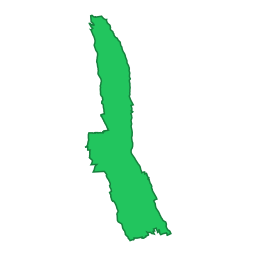 the district of Stanisesti, Bacau, Romania
{"feature_id": "2599482B92534545821934", "entity_name": "Stanisesti", "entity_type": "district", "adm_level": 2, "iso_a3": "ROU", "parent_name": "Romania", "parent_adm1": "Bacau", "projection": "equal_earth", "projection_center": [27.312, 46.453], "detail": "fine", "context": "isolated", "style": "filled", "palette": "green", "viewbox_px": 256, "rotation_deg": 0, "n_neighbors": 0, "source": "geoboundaries", "source_scale": "gbopen_adm2", "svg_char_len": 5709}
<svg xmlns="http://www.w3.org/2000/svg" viewBox="0 0 256 256"><path d="M130.1,240.6L132.5,239.7L133.6,239.8L134.1,239.0L134.0,238.1L137.3,238.1L142.1,237.1L142.1,238.2L142.9,238.1L143.7,238.2L143.8,238.0L145.9,236.8L145.8,236.2L148.4,235.1L148.4,234.5L148.1,233.9L147.2,232.3L147.6,232.5L150.7,232.4L150.9,232.7L151.7,233.5L153.4,233.7L154.2,234.0L153.1,231.4L154.7,231.0L153.6,229.0L156.2,228.2L156.7,229.8L157.2,230.8L157.5,231.2L157.6,232.5L157.9,232.4L158.2,232.0L158.9,230.7L158.9,229.8L159.1,229.8L159.4,230.5L159.7,232.9L160.5,234.6L161.5,234.4L162.6,233.8L166.5,232.9L166.9,233.6L166.8,233.8L167.1,234.1L167.2,234.6L167.0,235.0L167.2,235.3L168.8,234.6L170.9,233.6L169.9,231.3L168.8,230.4L168.1,230.1L167.3,229.0L166.5,227.6L166.4,227.0L166.1,226.5L166.2,226.2L166.1,225.8L166.4,224.9L166.3,224.2L166.3,223.8L165.7,222.1L165.4,221.9L163.3,220.7L162.9,220.3L162.1,218.8L161.1,217.5L160.8,216.7L160.2,215.5L159.9,215.1L159.4,213.6L158.2,211.3L158.0,211.1L156.9,209.5L155.8,207.6L155.7,207.0L155.4,205.7L155.2,203.7L153.9,201.3L153.8,200.7L154.8,200.0L154.4,200.0L156.0,199.3L156.7,199.2L156.9,199.1L156.8,198.9L156.4,197.7L152.5,190.8L152.3,190.1L152.3,189.5L151.5,187.7L151.8,186.4L151.1,184.6L150.2,183.3L149.2,180.3L149.3,180.1L149.2,179.7L148.9,179.6L148.5,179.6L148.0,179.0L148.0,178.8L148.7,178.6L148.6,178.3L148.9,177.9L148.1,177.4L147.2,175.6L146.9,175.4L146.8,175.1L147.0,174.5L146.4,173.4L144.8,173.9L144.7,173.2L144.8,172.2L144.4,172.1L144.2,171.9L141.8,172.7L141.8,172.2L141.4,171.1L140.8,169.8L140.1,166.7L139.2,165.1L138.4,164.3L135.2,159.3L134.9,158.5L134.2,157.5L131.8,154.1L131.1,152.4L131.1,150.9L131.2,149.9L131.6,148.9L132.1,148.2L132.6,146.4L132.7,143.8L132.6,142.6L132.1,141.4L131.9,139.9L131.7,138.6L131.6,137.2L132.1,135.8L132.2,132.3L131.9,130.3L131.1,126.6L131.1,126.0L131.7,123.9L131.3,122.2L131.0,120.2L131.6,118.8L131.9,117.5L131.7,116.9L131.6,115.6L131.4,114.9L130.8,113.6L132.6,111.7L132.7,111.8L132.8,111.6L131.2,110.8L131.6,110.5L131.8,110.1L131.9,108.4L131.0,105.4L133.2,104.8L130.7,100.1L129.3,96.4L129.3,95.9L129.9,94.7L129.7,92.6L129.9,91.3L129.8,89.8L129.9,89.4L130.1,87.6L129.8,85.1L129.9,83.6L129.5,82.1L129.3,80.6L129.4,79.9L130.2,79.1L130.3,78.7L129.7,77.6L129.4,76.4L129.6,74.0L129.8,73.2L129.2,70.9L129.1,70.3L129.3,69.5L129.2,68.9L129.3,68.1L128.7,66.5L128.4,65.4L127.2,63.4L127.0,62.6L126.9,60.6L125.5,57.1L125.1,55.2L124.4,53.5L123.5,52.2L122.7,50.7L122.1,48.8L121.8,47.0L121.3,46.3L120.8,45.6L120.4,43.7L120.3,42.7L120.0,41.9L118.2,40.2L117.2,38.2L115.6,37.4L114.6,36.2L114.0,35.1L113.8,33.8L113.0,32.6L112.9,31.9L112.8,31.6L112.3,31.2L111.0,30.2L110.6,29.7L110.4,29.3L110.3,28.3L110.5,27.9L110.5,27.6L110.1,25.7L109.6,24.9L108.3,23.9L107.2,22.7L106.8,21.5L106.4,20.1L106.6,19.5L105.4,19.6L103.8,18.7L102.5,17.4L101.6,16.2L95.4,17.2L95.3,16.8L94.1,17.0L93.9,16.9L92.9,16.2L92.3,15.5L91.9,15.4L91.6,15.6L91.3,15.5L90.7,15.8L91.2,21.8L92.5,22.6L93.4,24.0L93.7,24.2L93.7,24.7L94.0,25.0L93.8,25.3L92.2,24.8L91.9,24.6L90.7,24.1L90.2,23.6L89.9,23.6L89.7,23.4L89.3,23.4L89.3,23.6L89.6,23.8L89.9,24.2L89.9,24.6L90.1,24.9L91.0,25.3L90.9,25.7L90.6,25.8L91.1,26.8L92.7,28.2L92.2,28.5L91.7,29.2L91.5,30.0L90.8,29.8L91.1,30.2L92.3,33.0L93.1,35.1L94.1,36.8L94.2,37.6L94.5,38.2L95.0,40.4L95.1,40.8L94.9,42.7L94.7,43.6L94.4,44.1L94.2,45.4L95.0,47.8L95.4,48.8L95.6,49.7L96.3,51.0L97.1,52.0L97.6,53.6L97.6,55.3L97.2,57.4L97.2,58.4L96.9,59.7L96.9,60.3L96.7,61.2L96.8,62.2L97.3,63.4L97.4,64.4L97.7,66.8L98.2,68.6L98.1,69.6L98.4,70.8L98.1,71.9L98.0,73.7L98.3,74.6L98.6,74.9L99.0,75.7L100.7,78.5L101.0,79.3L101.4,81.1L101.3,81.8L100.9,82.9L100.9,84.0L100.2,86.0L100.4,86.5L100.4,87.0L100.6,87.4L100.3,89.0L100.6,92.5L100.5,94.1L101.1,95.7L102.0,96.5L102.1,96.9L102.5,97.3L102.5,98.4L102.8,99.1L102.8,99.7L102.5,100.5L101.9,101.2L101.8,101.9L101.7,103.0L101.9,103.5L102.9,104.2L103.2,104.6L103.4,107.4L104.0,109.9L103.9,111.1L104.2,112.0L104.2,112.6L104.4,113.8L103.6,113.9L101.1,114.7L101.2,114.9L101.0,115.0L100.9,115.6L101.1,116.1L101.6,116.0L102.1,117.5L102.7,118.5L103.0,119.2L103.6,120.1L104.0,121.4L104.5,121.9L105.1,123.5L105.8,124.4L106.0,125.0L106.3,125.4L106.7,126.3L107.2,127.8L107.4,128.0L107.7,128.6L107.9,128.7L107.8,129.1L107.9,129.6L108.4,130.1L107.7,130.4L104.1,130.9L104.2,131.1L104.5,131.2L104.5,131.5L102.9,131.7L103.1,132.8L100.3,132.8L100.2,132.6L98.0,133.0L97.9,132.6L95.3,132.6L95.0,132.8L94.6,132.7L94.3,132.9L94.5,133.1L92.6,133.1L92.5,132.9L91.9,132.9L88.9,132.9L88.4,134.6L88.4,138.2L88.6,139.0L88.6,140.1L88.5,140.8L88.2,141.4L87.8,143.5L87.7,144.6L87.1,145.7L86.8,146.2L85.1,147.3L87.7,146.8L87.7,150.0L90.1,150.1L89.7,150.9L89.9,151.6L89.7,152.2L89.8,152.7L89.8,153.9L89.9,154.0L89.7,155.3L89.7,155.6L89.6,156.1L89.8,156.9L89.4,157.6L89.9,158.2L90.3,158.5L90.5,158.5L90.6,158.8L90.7,159.0L91.4,159.3L92.5,160.7L92.2,161.9L91.7,163.5L91.4,164.0L91.0,164.7L94.5,164.5L96.8,164.5L95.7,165.6L95.0,166.6L94.1,170.2L93.7,170.9L93.5,171.2L93.2,172.0L104.2,171.4L104.4,171.6L104.5,171.6L106.7,174.5L106.6,175.1L106.3,175.7L106.7,176.8L107.7,178.7L108.6,179.6L108.8,180.5L109.3,181.2L110.3,183.7L110.2,185.0L109.6,185.5L110.1,187.5L110.3,187.7L111.0,189.0L111.4,191.4L111.4,191.5L109.6,192.4L110.1,193.7L110.7,194.7L110.8,195.0L110.8,196.9L111.5,198.8L111.6,199.8L112.2,200.5L112.6,201.2L113.5,201.0L115.0,203.0L116.3,205.8L117.0,208.5L118.1,210.8L118.1,211.5L117.1,213.3L116.9,214.4L117.2,215.4L117.4,219.8L117.5,220.6L118.3,221.9L121.3,223.6L121.8,224.1L122.2,225.3L122.4,226.2L122.5,227.1L122.7,228.1L123.7,230.0L124.3,230.5L124.6,230.9L125.1,232.6L125.4,233.3L125.3,233.7L125.4,234.3L125.5,234.3L125.8,234.9L126.3,235.5L128.0,237.0L128.2,238.0L128.4,238.5L128.8,238.9L129.2,239.1L130.1,240.6Z" fill="#22c55e" stroke="#15803d" stroke-width="1.5"/></svg>